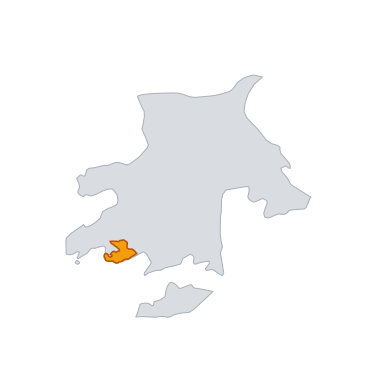 Gadabay District, Gədəbəy, Azerbaijan (highlighted), rotated 305°
{"feature_id": "54616110B46799199998097", "entity_name": "Gadabay District", "entity_type": "district", "adm_level": 2, "iso_a3": "AZE", "parent_name": "Azerbaijan", "parent_adm1": "Gədəbəy", "projection": "robinson", "projection_center": [45.649, 40.556], "detail": "fine", "context": "in_parent", "style": "filled", "palette": "amber", "viewbox_px": 384, "rotation_deg": 305, "n_neighbors": 0, "source": "geoboundaries", "source_scale": "gbopen_adm2", "svg_char_len": 5259}
<svg xmlns="http://www.w3.org/2000/svg" viewBox="0 0 384 384"><g transform="rotate(305 192 192)"><path d="M256.0,292.3L254.6,292.2L244.7,294.4L242.6,293.7L234.0,283.4L232.2,282.2L228.6,281.8L226.4,280.1L224.6,277.3L223.6,275.3L214.8,269.7L213.5,267.6L213.3,265.8L214.5,264.2L216.0,262.8L220.3,261.4L225.3,260.2L226.9,259.4L227.7,257.9L227.6,255.5L226.7,253.2L219.5,248.9L218.7,247.1L218.5,244.8L218.9,242.4L220.0,240.6L225.8,238.1L228.9,235.5L226.9,232.6L220.5,226.0L213.0,218.7L208.0,218.6L202.3,220.8L193.1,227.0L188.0,229.6L181.4,234.0L174.2,238.9L168.3,244.1L164.6,248.4L158.0,250.3L154.7,253.9L143.7,264.6L140.6,264.5L140.4,259.2L140.5,254.9L139.8,252.5L136.2,249.1L136.2,247.7L137.2,246.8L139.9,247.3L143.4,247.1L145.1,245.8L141.3,241.4L137.9,238.5L135.1,236.5L134.5,235.3L134.5,234.4L135.1,233.4L139.9,231.0L140.4,228.8L140.0,226.3L132.3,222.6L126.6,224.0L121.4,219.9L118.1,216.7L113.9,213.2L110.2,211.4L106.7,207.1L100.5,202.7L96.6,201.4L96.6,200.7L97.4,199.9L99.0,199.3L110.0,199.4L111.3,198.6L112.0,196.7L113.5,194.0L115.2,189.9L115.1,186.4L104.1,180.8L96.1,175.7L90.6,169.0L86.8,162.8L87.0,160.7L88.0,158.8L96.6,153.1L97.1,151.6L97.0,150.6L93.9,147.7L90.1,144.7L88.9,142.5L86.5,141.4L81.9,141.3L73.9,137.6L72.2,137.2L71.9,136.5L72.2,135.7L78.0,134.3L77.9,133.0L76.2,131.4L72.9,130.2L70.0,127.3L69.0,124.6L79.3,116.9L82.3,115.4L89.1,116.8L103.1,121.9L102.1,124.7L103.6,126.4L106.8,128.5L113.0,130.7L118.2,131.9L120.8,130.9L124.8,130.1L130.1,132.6L134.9,135.8L137.3,137.1L138.6,137.5L142.3,136.5L146.6,132.3L148.3,127.3L148.8,124.9L146.2,121.6L141.0,117.9L135.0,114.8L131.2,112.0L128.8,106.4L126.3,105.8L125.7,105.1L125.3,103.2L125.4,100.6L126.3,98.6L128.6,97.7L131.0,97.4L133.2,95.5L135.9,91.7L137.1,89.6L142.2,90.8L142.9,94.2L143.8,94.9L146.0,94.5L149.5,93.1L152.3,94.1L156.0,98.2L161.0,102.5L163.8,105.3L164.8,107.3L167.4,109.2L171.2,111.5L174.2,115.0L176.9,123.2L179.6,125.1L189.4,128.3L192.8,128.9L202.3,130.0L205.6,129.2L210.5,122.1L214.8,114.8L218.9,113.3L226.3,109.8L230.7,106.5L232.5,102.9L236.6,96.1L239.2,92.3L243.6,95.7L251.3,104.8L262.4,119.8L265.1,124.0L266.9,128.9L268.5,134.9L271.1,140.1L282.3,153.3L287.2,158.2L295.1,164.5L297.9,166.0L301.5,166.4L308.2,166.4L314.4,168.8L317.5,170.6L320.7,173.1L323.5,176.0L326.5,183.7L315.8,181.2L305.0,181.6L299.0,183.3L293.1,185.5L287.5,188.7L284.0,195.0L281.3,209.5L277.1,223.2L277.3,229.5L279.3,235.5L279.1,238.4L277.2,239.6L274.7,242.2L271.5,254.7L269.9,257.2L267.7,258.8L267.1,257.3L267.2,254.0L262.4,251.1L260.0,254.4L258.4,261.3L255.0,268.5L254.8,269.9L256.0,292.3ZM95.3,164.1L95.7,162.1L94.4,161.3L93.0,161.2L91.7,162.2L91.7,164.6L93.4,165.0L95.3,164.1ZM59.8,220.7L58.2,218.7L57.5,217.6L62.2,216.6L70.2,213.9L72.3,215.2L74.6,218.0L75.8,220.3L76.0,224.7L76.9,225.4L80.8,223.9L82.5,225.7L85.5,227.8L90.6,229.9L98.1,226.6L101.8,225.8L104.8,225.8L106.4,226.9L107.0,230.2L106.4,234.4L105.6,236.7L107.1,238.4L113.2,242.4L115.8,244.6L114.5,248.5L119.1,258.0L120.6,261.7L122.4,266.2L113.1,264.4L96.3,260.6L91.7,258.6L87.3,253.4L84.8,250.8L80.9,247.5L77.8,246.3L75.4,244.0L74.0,240.6L72.0,237.6L68.6,234.0L60.8,221.9L59.8,220.7ZM70.0,140.0L68.9,140.7L67.4,140.0L66.9,138.6L67.0,137.0L68.6,136.6L69.9,137.1L70.2,138.5L70.0,140.0Z" fill="#d9dde1" stroke="#a8b0b8" stroke-width="1"/><path d="M104.7,153.3L104.2,153.8L104.1,154.4L103.9,154.9L103.6,155.4L103.6,156.3L103.7,157.4L103.8,157.9L103.8,158.5L103.7,159.1L103.5,159.7L103.7,160.4L103.6,160.9L103.7,161.3L103.7,161.8L103.7,162.4L103.5,162.9L103.5,163.7L103.4,164.2L103.4,164.9L103.1,165.2L102.9,165.7L102.6,166.2L102.1,166.3L101.7,166.1L101.4,165.8L101.1,165.5L100.8,165.0L100.4,165.0L99.6,164.7L98.9,164.6L98.8,163.7L98.9,162.7L98.8,162.2L98.3,161.7L98.0,161.4L97.3,161.2L96.7,161.1L96.1,161.0L95.6,160.9L94.9,160.9L94.2,160.8L94.1,161.0L94.3,161.8L94.4,162.0L94.3,162.5L94.0,163.1L93.6,163.2L93.0,163.1L92.3,162.8L91.8,162.3L91.6,161.7L91.6,161.4L91.6,161.2L91.6,160.6L91.7,160.1L92.2,159.8L92.2,159.7L92.5,159.6L92.6,159.0L92.6,158.4L92.6,157.6L92.4,156.9L92.0,156.4L91.9,156.4L91.7,156.2L91.3,156.1L90.4,156.3L89.7,156.4L89.2,156.6L88.9,157.0L88.5,157.4L88.0,157.8L88.0,158.2L88.1,158.8L88.0,159.1L87.3,159.2L86.9,159.7L86.6,160.4L86.6,161.1L86.7,161.6L87.0,162.4L87.3,163.2L87.6,163.9L88.4,164.7L88.9,165.2L89.3,165.7L89.9,166.2L89.9,166.6L90.1,167.2L90.1,167.8L89.8,168.3L89.9,169.0L90.1,169.6L90.0,170.3L90.5,171.0L91.1,171.6L91.4,172.1L92.0,172.2L92.8,172.5L93.3,172.8L93.6,173.2L94.1,173.7L94.9,174.2L95.5,174.6L96.2,174.7L96.9,174.8L97.5,175.2L98.0,175.4L98.7,175.9L99.4,176.7L99.9,177.2L100.0,178.0L101.1,178.6L101.9,178.8L102.7,179.0L103.7,179.3L104.8,179.7L105.6,180.2L106.7,180.7L107.6,181.2L108.4,181.4L109.3,181.9L110.0,181.9L109.8,181.4L110.0,181.0L110.4,180.4L110.6,179.6L110.8,178.7L110.8,177.7L110.9,177.3L110.9,176.6L110.9,175.7L110.5,175.1L109.7,174.2L109.4,173.4L108.9,172.7L108.9,171.6L109.0,170.9L109.6,170.3L110.4,169.8L111.0,169.4L111.9,169.1L112.4,168.8L112.9,168.4L113.5,167.9L113.6,167.2L113.8,166.8L113.6,166.0L113.6,165.0L113.6,164.3L113.6,163.8L113.3,163.1L112.4,162.4L112.0,161.9L111.1,160.9L110.3,160.6L109.4,160.3L109.1,160.0L108.7,159.2L108.3,158.4L108.0,157.8L107.2,157.1L106.9,156.3L106.6,155.8L106.2,155.2L105.6,154.5L104.9,153.7L104.7,153.3Z" fill="#f59e0b" stroke="#b45309" stroke-width="1.5"/></g></svg>